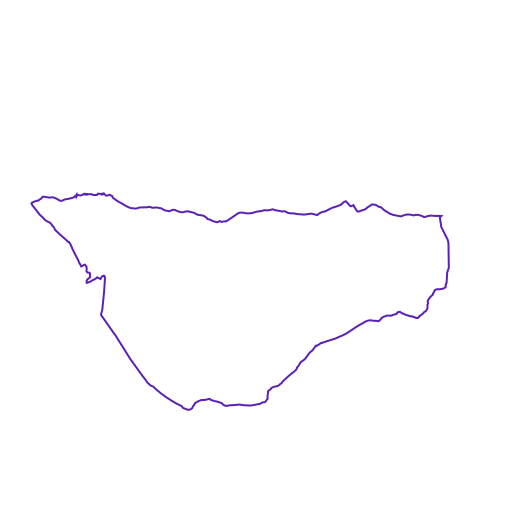 Vlahita, Harghita, Romania, rotated 67°
{"feature_id": "2599482B50254025578700", "entity_name": "Vlahita", "entity_type": "district", "adm_level": 2, "iso_a3": "ROU", "parent_name": "Romania", "parent_adm1": "Harghita", "projection": "orthographic", "projection_center": [25.586, 46.382], "detail": "fine", "context": "isolated", "style": "outline", "palette": "violet", "viewbox_px": 512, "rotation_deg": 67, "n_neighbors": 0, "source": "geoboundaries", "source_scale": "gbopen_adm2", "svg_char_len": 6124}
<svg xmlns="http://www.w3.org/2000/svg" viewBox="0 0 512 512"><g transform="rotate(67 256 256)"><path d="M371.0,378.9L371.5,377.0L371.5,376.1L371.5,375.7L371.1,374.1L370.5,373.5L370.0,373.0L369.5,372.5L368.8,370.9L368.6,370.7L368.4,370.6L368.2,370.2L367.8,369.9L367.6,369.3L367.4,368.3L367.2,367.0L367.2,366.2L367.2,365.9L367.2,364.3L367.2,363.5L367.2,363.0L367.2,362.6L367.3,362.3L367.8,361.3L367.9,360.7L368.0,360.5L368.2,360.0L368.4,359.7L368.5,359.4L368.6,358.6L368.9,357.3L369.1,355.7L369.2,354.9L369.4,354.5L369.5,354.4L369.8,354.2L370.2,354.1L370.5,354.1L370.7,353.9L371.4,353.0L372.4,352.0L373.9,350.1L374.3,349.5L375.4,347.9L377.2,346.1L378.1,345.0L380.1,344.3L381.0,343.6L381.3,343.2L382.1,342.5L382.5,341.6L382.7,340.7L382.8,340.0L383.3,338.2L384.3,335.5L384.6,334.7L385.3,332.3L386.1,329.9L386.5,328.9L388.5,325.7L391.3,320.0L391.5,319.4L392.3,316.5L393.0,312.9L393.7,310.4L393.5,309.5L393.4,308.1L393.3,307.3L393.9,305.4L393.9,304.4L393.3,303.5L391.9,301.0L389.4,300.1L386.4,298.3L385.3,297.8L384.9,297.1L384.7,295.9L384.3,294.6L383.8,293.9L383.6,293.3L383.4,292.1L383.4,290.8L383.6,289.4L383.9,288.3L384.1,287.4L384.1,286.4L383.8,284.8L383.4,284.1L383.3,283.3L382.8,281.7L382.1,280.7L381.6,279.8L381.5,279.1L380.8,277.4L379.2,272.8L378.7,271.2L378.2,269.8L377.5,266.6L377.0,265.3L376.5,263.9L375.7,262.5L374.7,261.8L373.8,260.0L373.6,259.6L372.6,258.2L372.1,257.4L371.5,256.9L371.1,256.3L371.0,255.2L370.8,254.7L370.6,253.6L370.4,252.6L370.0,251.5L369.6,250.4L369.3,250.0L368.6,248.9L368.4,248.3L368.0,247.8L366.8,245.9L365.8,244.0L365.5,243.1L365.4,242.7L364.9,240.8L362.0,236.1L362.4,235.6L362.4,235.2L362.2,235.0L362.3,234.6L362.1,234.1L362.2,233.5L361.5,229.9L361.8,229.5L361.8,228.3L361.9,227.8L362.0,225.7L362.1,224.8L363.0,215.1L362.9,210.6L362.9,206.1L362.2,200.4L361.1,194.9L360.2,189.9L359.1,180.4L359.3,177.6L360.0,175.5L361.8,172.7L362.3,171.4L363.8,168.8L363.7,167.8L363.5,167.3L363.3,166.6L363.0,166.0L362.2,164.6L362.1,164.4L362.1,164.0L362.0,163.7L362.0,163.0L361.8,162.3L361.8,161.4L362.0,160.6L362.0,159.8L362.1,159.5L362.0,159.0L362.5,157.6L363.6,155.3L363.8,153.7L363.7,153.3L364.2,149.3L364.1,148.7L363.4,148.2L363.2,147.7L363.2,146.8L363.4,146.0L363.6,145.4L365.6,144.0L365.9,143.6L366.6,143.3L367.2,142.2L367.5,142.1L368.4,141.5L368.7,141.1L368.8,140.9L369.7,140.0L370.2,139.1L371.2,138.3L371.2,138.2L371.8,137.4L372.0,137.1L372.2,136.5L372.4,136.3L372.9,135.8L372.9,135.4L373.6,134.8L373.8,134.5L374.0,134.4L374.4,134.0L374.8,133.3L375.1,133.1L375.5,133.0L376.2,131.7L376.3,131.2L376.1,130.3L375.6,130.0L375.5,129.5L375.0,128.8L375.0,127.7L374.3,125.3L374.3,125.0L373.4,123.3L373.4,123.0L373.2,121.9L372.8,120.7L372.4,120.1L371.2,118.7L370.1,118.1L367.8,117.2L366.8,116.2L364.9,115.7L364.2,115.3L363.8,114.7L363.4,114.0L362.8,113.5L362.6,112.9L362.3,112.2L361.9,111.6L361.6,111.0L361.5,110.5L361.0,109.5L360.8,108.6L360.2,107.9L359.7,107.7L359.2,106.8L358.6,106.2L357.4,104.9L357.2,103.7L357.2,103.1L357.4,102.5L357.5,101.5L358.2,100.7L358.6,98.8L358.6,98.5L358.8,98.1L359.0,97.7L359.1,96.7L359.2,96.4L359.1,95.1L358.8,93.7L358.1,93.2L356.8,92.8L355.4,91.4L355.4,91.2L345.8,86.4L342.2,83.1L319.3,73.8L316.0,73.2L301.7,74.1L292.3,71.7L291.6,69.8L290.9,71.0L289.6,74.4L287.0,79.6L286.6,81.1L285.9,86.1L284.0,87.6L281.5,90.6L280.6,92.8L280.2,95.1L278.0,98.1L276.8,100.8L276.4,103.0L276.1,107.3L271.6,113.9L269.5,116.1L264.4,119.8L259.7,122.1L258.5,124.0L257.3,124.5L255.6,126.1L254.5,127.8L253.8,129.4L254.3,131.1L254.7,134.0L255.7,137.2L255.1,144.5L254.5,145.4L249.2,146.3L247.3,146.4L247.4,148.5L247.1,149.6L240.7,151.9L240.6,153.6L242.0,158.1L241.9,161.8L241.4,167.0L241.6,169.9L241.7,172.0L242.0,174.7L241.4,177.3L241.4,179.7L241.6,181.5L242.3,183.6L238.6,188.5L236.8,195.3L233.5,201.7L231.6,204.5L229.7,208.5L228.4,210.2L226.6,211.4L225.8,212.8L225.1,214.8L223.7,216.8L221.0,220.9L219.6,222.2L218.9,226.4L218.3,228.2L217.2,230.0L216.6,234.1L215.4,238.2L215.0,242.3L214.3,245.2L212.7,248.7L211.4,250.4L209.7,253.8L209.8,256.7L210.7,260.7L212.5,269.9L212.2,270.2L211.2,273.8L210.9,274.8L209.7,275.7L209.8,278.6L206.9,282.3L204.7,283.9L203.0,286.2L201.4,286.6L199.0,288.1L197.4,289.9L196.4,291.8L194.9,294.0L192.9,295.4L191.8,296.5L188.5,300.9L187.8,302.4L187.1,306.4L186.7,307.5L184.5,310.2L181.5,313.2L180.9,314.9L181.0,318.2L180.0,319.6L178.5,322.0L177.7,322.6L175.8,324.1L174.7,325.1L173.6,327.0L172.7,328.0L171.0,332.8L169.6,334.0L169.1,335.2L168.5,337.5L166.4,342.8L166.0,343.5L165.4,348.1L163.6,351.4L163.5,351.6L162.7,352.9L159.5,355.9L156.5,358.0L152.2,361.4L149.6,363.2L147.9,364.1L146.4,365.0L144.7,365.0L142.4,366.8L142.3,369.2L141.6,370.7L139.7,371.3L139.3,373.3L138.7,372.6L138.4,374.2L137.2,376.5L136.9,377.3L137.7,378.4L136.8,380.8L135.9,382.5L134.8,383.2L134.2,385.0L132.4,388.3L133.2,388.2L132.4,389.8L131.7,390.2L131.9,393.4L131.1,394.9L130.5,395.7L129.7,396.4L130.8,397.7L129.5,397.3L131.3,399.9L130.3,399.3L130.8,401.1L130.7,403.2L130.5,403.9L130.3,404.6L130.2,405.9L129.2,410.0L129.2,411.3L129.4,412.4L129.3,413.2L129.0,414.0L128.4,415.0L125.8,416.8L123.6,418.8L122.4,420.5L121.6,423.2L119.4,426.7L118.1,429.1L119.3,431.7L119.4,433.0L120.0,434.8L119.4,436.5L119.3,441.1L119.9,442.2L122.2,442.0L125.8,441.0L128.7,440.2L133.3,439.0L136.9,437.4L139.7,436.3L140.3,436.3L143.6,433.8L145.0,432.5L146.7,432.0L148.4,431.7L150.7,430.8L153.5,430.7L159.7,428.0L167.6,424.2L168.9,423.8L169.6,423.1L170.1,422.7L170.4,422.9L171.1,422.4L173.0,422.2L178.1,422.2L188.1,421.5L190.1,421.3L193.6,421.4L195.3,421.0L197.2,421.0L197.1,420.2L197.4,419.4L197.0,418.2L197.2,416.8L199.4,416.2L201.6,416.8L203.7,418.0L205.4,417.6L206.3,415.8L207.3,415.7L209.8,416.6L210.6,416.9L211.3,419.0L211.5,420.1L212.6,421.6L214.6,422.3L214.9,418.9L214.5,416.5L214.4,415.2L214.5,413.9L214.1,412.7L214.1,411.5L213.6,410.5L216.4,408.2L214.7,405.8L214.6,403.9L214.9,403.4L217.1,403.5L230.1,410.1L245.4,418.5L249.6,421.7L271.7,417.0L273.3,416.5L302.0,411.9L322.6,407.2L326.2,406.2L330.1,405.4L334.2,403.5L336.0,401.6L339.7,400.1L345.8,396.9L350.5,394.1L356.4,390.1L360.6,387.0L364.8,383.4L365.5,383.0L367.4,382.5L369.0,380.8L370.4,379.4L371.0,378.9Z" fill="none" stroke="#5b21b6" stroke-width="2"/></g></svg>